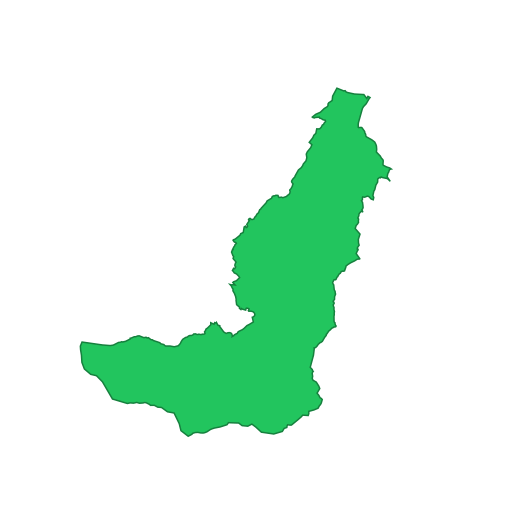 outline of Garda De Sus, Alba, Romania, rotated 25°
{"feature_id": "2599482B31586806671265", "entity_name": "Garda De Sus", "entity_type": "district", "adm_level": 2, "iso_a3": "ROU", "parent_name": "Romania", "parent_adm1": "Alba", "projection": "mercator", "projection_center": [22.809, 46.492], "detail": "fine", "context": "isolated", "style": "filled", "palette": "green", "viewbox_px": 512, "rotation_deg": 25, "n_neighbors": 0, "source": "geoboundaries", "source_scale": "gbopen_adm2", "svg_char_len": 6139}
<svg xmlns="http://www.w3.org/2000/svg" viewBox="0 0 512 512"><g transform="rotate(25 256 256)"><path d="M335.3,413.4L347.3,409.8L354.0,403.9L354.4,400.3L356.4,398.4L356.0,397.1L356.0,395.6L358.3,394.9L359.6,394.2L363.6,385.8L365.0,382.6L365.6,380.5L370.7,378.5L370.5,376.6L369.5,374.5L373.6,371.0L376.6,367.7L376.7,365.2L377.2,363.4L377.3,361.6L376.7,358.1L375.5,357.5L374.0,357.4L371.9,355.8L369.3,354.5L369.8,349.2L367.8,347.3L363.9,344.8L360.2,344.5L358.7,343.2L358.2,341.1L356.5,338.6L356.4,337.5L356.6,336.3L355.8,336.2L355.0,335.1L352.2,334.0L350.0,321.6L347.9,315.2L347.5,314.8L348.7,313.8L349.4,311.9L349.8,309.4L350.3,308.6L350.4,307.8L351.2,307.1L352.2,305.3L352.6,300.7L353.2,298.4L352.8,297.3L353.1,296.9L353.7,293.2L354.6,291.4L355.2,289.4L356.0,288.6L356.4,287.7L358.1,286.5L358.2,285.6L357.4,285.2L356.3,284.1L355.9,283.2L354.7,282.7L354.3,282.1L352.1,277.6L351.8,276.3L350.8,274.3L350.7,273.4L349.1,271.3L348.6,269.9L347.1,268.4L346.6,267.5L346.9,266.1L346.2,265.0L345.6,265.1L345.0,264.4L345.5,262.1L344.4,259.7L344.2,256.8L343.8,256.6L342.6,254.6L341.2,253.6L338.6,249.3L337.2,248.4L336.6,247.4L336.8,244.4L338.2,243.9L338.4,243.4L338.3,241.1L338.8,240.1L338.7,239.2L339.0,237.1L339.7,236.0L339.8,234.3L340.6,233.3L342.1,232.6L342.6,231.8L342.2,231.0L342.4,230.3L342.1,229.5L342.3,228.9L341.8,227.2L342.8,225.0L344.7,222.1L347.4,218.8L349.1,216.1L351.2,214.9L351.2,214.6L345.8,211.5L345.7,208.8L345.9,207.7L345.7,206.8L344.8,206.9L344.4,205.4L344.9,202.6L343.4,200.9L341.7,197.6L341.0,192.2L334.3,189.2L333.9,186.0L334.5,184.1L334.7,182.2L334.0,181.1L333.4,179.2L332.2,178.5L332.2,176.1L331.6,174.6L331.8,173.1L332.3,171.5L332.6,171.1L333.9,170.9L333.9,170.6L332.4,169.3L332.7,168.3L332.6,166.9L331.5,164.9L329.9,162.4L328.2,161.3L328.7,160.1L327.7,157.9L327.7,157.4L329.6,156.8L331.6,154.7L332.2,154.5L333.4,154.5L336.3,155.7L338.5,155.5L338.0,153.2L336.4,151.8L335.4,147.5L335.6,145.7L334.7,141.2L335.0,137.6L333.8,134.8L334.1,133.9L334.9,132.6L335.7,132.6L336.0,131.5L337.3,131.5L342.0,130.4L343.4,130.6L346.1,131.6L341.4,128.8L340.6,125.5L340.8,124.1L340.5,121.6L341.1,120.5L341.8,120.0L340.0,119.7L336.7,120.1L333.1,120.0L332.4,119.4L331.1,116.0L330.3,115.1L328.1,114.2L326.4,112.9L321.2,110.9L320.3,108.3L318.7,105.5L317.5,104.2L315.5,102.6L312.2,101.8L305.6,101.3L304.9,100.9L303.9,99.3L302.6,98.4L301.8,97.2L297.7,94.9L297.0,95.0L294.6,96.3L294.3,96.2L293.1,93.7L292.5,92.0L290.1,77.3L290.3,75.2L291.5,71.6L292.0,65.9L292.4,64.2L290.0,64.0L289.8,66.4L285.5,64.1L276.8,67.6L270.6,69.0L268.6,69.3L266.9,68.5L265.7,69.3L258.4,69.7L257.9,78.7L259.3,82.9L257.2,86.3L257.0,87.9L257.7,89.0L257.5,90.5L255.5,93.5L253.6,98.5L250.2,102.4L248.3,106.3L249.1,106.5L250.6,106.2L251.1,105.5L254.7,103.4L255.3,104.1L257.2,103.9L259.2,104.2L261.4,103.7L262.2,104.7L261.6,106.7L261.6,108.3L260.8,109.2L260.7,111.9L259.9,113.9L257.3,115.1L258.4,119.6L257.4,122.1L257.5,124.7L256.2,130.5L259.6,131.5L259.8,134.7L258.5,139.7L258.5,142.4L260.5,145.4L261.1,148.6L260.0,152.5L260.1,154.4L259.7,156.8L258.1,160.1L257.6,166.9L257.8,167.7L256.8,170.9L256.6,173.0L256.8,173.5L257.5,174.2L259.0,174.9L259.2,175.4L259.1,176.4L259.5,177.4L259.3,178.6L259.3,180.1L258.7,181.8L259.0,182.5L259.7,183.1L260.1,184.8L259.8,186.4L258.8,187.9L258.6,189.0L255.7,191.8L254.2,191.9L252.1,193.3L251.2,192.9L251.1,192.4L250.2,191.8L248.3,192.6L247.5,193.6L246.6,194.0L245.6,195.1L245.7,197.1L242.8,201.3L242.7,203.6L240.5,210.5L240.4,211.6L239.8,212.5L240.0,215.8L239.2,217.4L239.0,219.9L238.5,221.2L238.4,223.5L237.1,224.6L236.2,224.8L234.9,224.4L234.3,224.7L234.0,225.2L233.8,226.1L234.1,226.5L235.0,226.6L234.3,231.3L235.8,232.5L235.6,234.1L235.1,234.4L233.8,233.4L233.0,234.7L234.5,240.1L232.7,242.2L232.7,243.9L232.1,245.2L230.0,249.5L228.6,250.9L228.6,251.5L230.5,252.5L232.0,252.3L232.9,252.9L232.2,254.6L232.4,255.9L232.1,257.0L232.0,259.2L232.5,259.9L232.0,260.3L232.2,262.8L234.9,265.4L236.0,266.0L236.3,268.0L240.3,269.8L240.6,270.3L240.3,271.1L240.6,272.3L240.6,273.1L241.2,274.0L242.2,274.5L242.0,276.6L240.9,276.6L240.8,279.2L241.9,279.5L243.4,280.5L246.0,280.5L249.1,281.7L250.3,282.5L248.7,286.7L246.6,288.8L246.2,289.8L249.2,291.1L247.4,291.7L246.1,292.5L244.5,292.8L246.5,293.7L247.9,295.0L248.9,295.5L249.3,296.0L249.8,297.3L252.1,298.9L254.7,301.4L256.3,303.6L256.7,304.7L259.0,308.3L262.8,309.4L263.1,310.4L265.0,310.9L265.1,309.7L266.1,309.9L269.5,309.4L269.2,307.6L269.7,307.1L271.7,306.7L272.2,307.0L272.1,308.7L272.6,309.1L275.1,308.0L277.1,307.8L278.1,308.1L279.2,308.9L279.8,309.8L279.9,310.9L279.3,312.3L278.5,313.1L281.5,316.9L278.8,320.9L277.2,322.9L275.8,326.6L274.8,328.5L272.4,331.4L271.8,332.4L271.7,334.1L270.3,335.7L269.6,336.8L269.4,337.8L268.5,339.0L268.4,338.3L266.5,336.5L264.7,336.5L263.0,337.4L261.6,338.8L258.9,338.5L252.7,335.1L252.6,334.5L250.7,334.8L248.2,332.9L248.1,333.7L246.7,333.8L246.8,335.6L243.2,335.6L244.1,337.5L242.4,342.0L241.6,343.2L241.7,345.1L241.4,346.5L242.5,347.6L242.4,348.3L240.9,349.5L240.3,349.5L239.5,350.5L237.2,351.0L236.8,351.5L235.7,352.1L234.2,352.1L232.5,353.0L232.1,354.3L230.9,355.5L230.4,355.6L229.4,356.2L228.6,357.1L228.1,358.4L226.6,359.6L224.8,362.5L224.4,365.1L224.4,367.2L223.5,370.2L220.3,372.8L216.2,373.9L212.1,375.8L211.2,375.7L209.9,375.2L206.8,375.8L205.5,375.2L198.6,376.0L197.7,375.7L196.2,376.2L193.0,375.5L192.0,376.3L190.7,376.1L188.9,377.4L183.9,377.7L182.5,378.5L181.1,380.0L179.8,380.6L177.7,383.0L176.7,383.7L177.0,384.5L173.9,388.4L171.5,390.3L170.6,390.4L169.4,391.6L168.0,392.4L164.3,397.1L161.7,398.8L154.5,401.5L134.7,407.5L134.9,411.9L136.7,415.2L139.7,419.6L143.2,426.0L148.2,430.9L156.2,433.1L162.0,431.9L170.0,434.9L186.4,446.3L201.8,444.0L204.0,442.3L207.2,441.1L209.8,439.1L212.5,438.7L215.8,436.9L216.6,436.1L218.3,435.4L221.9,435.5L223.6,435.9L227.0,434.3L230.9,434.5L234.4,433.2L241.6,434.6L248.1,432.9L257.3,440.4L261.8,446.0L270.7,448.0L273.2,444.8L273.6,443.4L275.5,441.7L277.9,440.4L280.7,439.7L283.0,438.7L284.2,437.8L285.9,436.0L287.8,432.8L288.9,431.5L290.9,429.6L295.7,426.1L301.0,421.2L301.5,418.7L310.9,414.7L315.1,415.6L320.5,413.7L323.3,410.1L328.1,411.1L335.3,413.4Z" fill="#22c55e" stroke="#15803d" stroke-width="1.5"/></g></svg>